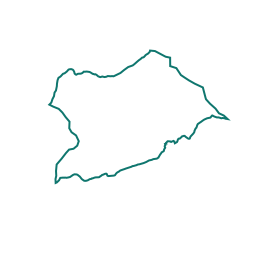 Mayo-Dallah, Mayo-Kebbi Ouest, Chad, rotated 297°
{"feature_id": "50815135B58245995276010", "entity_name": "Mayo-Dallah", "entity_type": "district", "adm_level": 2, "iso_a3": "TCD", "parent_name": "Chad", "parent_adm1": "Mayo-Kebbi Ouest", "projection": "mercator", "projection_center": [14.882, 9.1], "detail": "fine", "context": "isolated", "style": "outline", "palette": "teal", "viewbox_px": 256, "rotation_deg": 297, "n_neighbors": 0, "source": "geoboundaries", "source_scale": "gbopen_adm2", "svg_char_len": 4333}
<svg xmlns="http://www.w3.org/2000/svg" viewBox="0 0 256 256"><g transform="rotate(297 128 128)"><path d="M209.8,133.6L208.6,129.2L208.7,123.1L208.8,117.1L207.0,112.5L205.8,112.8L205.7,112.8L204.1,112.3L203.0,111.9L202.2,111.3L202.1,111.2L201.1,110.7L200.7,110.5L199.9,110.4L199.6,110.3L199.4,110.2L199.0,110.1L198.8,110.1L198.0,109.7L197.9,109.6L197.1,108.6L195.4,108.0L194.6,107.6L193.5,107.0L191.1,106.0L189.3,105.3L187.6,104.6L185.9,103.8L182.4,100.5L182.0,100.3L178.1,98.3L177.0,97.8L173.6,96.3L169.5,93.2L168.2,92.2L167.5,91.6L167.1,90.5L166.9,90.1L166.5,89.5L166.2,89.0L165.1,86.4L163.8,85.4L162.7,83.9L162.5,83.0L162.4,82.6L162.3,82.2L162.2,81.7L161.1,80.6L160.7,80.1L160.7,79.9L160.6,79.1L160.5,78.0L160.7,77.1L160.9,76.6L161.0,75.9L161.1,75.3L161.1,74.6L160.6,74.0L160.5,73.4L160.5,72.8L160.4,72.7L160.2,71.8L160.4,70.5L160.5,68.4L159.9,66.6L159.5,65.5L158.6,64.1L158.1,63.0L156.3,62.4L155.0,61.3L153.9,59.3L153.3,58.5L152.4,58.0L152.0,57.7L151.9,57.1L152.1,56.3L152.3,55.7L153.6,54.6L154.1,53.9L154.7,53.0L154.8,52.5L154.9,52.1L154.8,51.6L154.8,51.4L154.7,50.8L154.4,50.2L153.6,49.0L153.0,48.5L151.5,48.1L150.7,47.9L150.2,47.7L148.0,46.7L147.4,46.1L146.8,45.5L144.0,44.7L143.5,44.6L142.7,44.2L141.2,43.3L138.9,43.5L138.5,43.6L137.8,43.8L135.3,44.6L134.1,45.1L133.0,45.6L131.2,46.1L129.0,46.7L128.7,46.8L126.5,46.5L126.1,46.5L122.8,47.6L121.0,47.6L119.3,47.6L116.1,48.1L115.7,48.1L113.1,47.3L113.1,51.7L113.6,57.6L112.0,62.5L109.4,67.5L107.1,73.0L101.1,75.8L98.6,79.6L97.8,85.1L93.9,90.1L89.2,90.8L84.8,88.9L82.0,85.3L77.5,84.1L70.6,82.8L63.1,81.0L57.0,83.4L52.8,85.8L49.6,86.6L46.2,88.5L47.2,89.3L48.4,89.7L48.5,89.7L48.9,89.9L50.2,90.3L50.3,90.3L51.3,90.3L52.8,90.3L54.2,92.5L54.3,92.6L54.7,93.7L55.2,94.3L55.5,95.1L55.6,95.6L56.1,96.3L56.7,97.1L58.0,98.6L61.2,100.3L62.4,101.3L62.9,102.4L63.3,103.4L63.3,103.6L63.4,104.3L63.0,106.1L63.0,106.4L62.9,107.0L61.6,109.8L61.5,110.1L61.4,110.7L61.1,112.9L61.7,114.3L62.0,114.7L63.1,115.9L65.0,117.1L66.2,118.6L66.7,118.8L66.8,118.8L67.0,119.1L67.2,119.5L68.6,120.7L69.4,121.7L69.5,122.0L69.8,122.4L69.9,122.6L70.8,124.3L71.3,124.8L71.5,124.9L72.0,125.0L72.6,125.4L73.1,125.7L73.3,125.8L73.7,126.0L74.0,126.1L74.5,126.3L74.9,126.8L75.3,127.2L76.5,128.1L77.4,129.2L77.4,129.5L77.4,129.9L76.2,131.3L76.2,131.6L76.2,132.2L76.9,133.4L77.8,134.8L78.9,136.6L79.4,137.2L79.7,137.6L80.3,137.9L81.5,138.0L82.1,138.1L83.5,138.6L84.1,139.0L84.9,139.6L85.1,139.7L85.8,140.0L86.4,140.3L86.7,140.5L89.2,142.9L89.9,143.6L90.8,144.4L91.0,144.6L95.2,148.8L96.0,149.2L96.6,150.1L97.3,150.9L97.8,151.4L98.6,152.3L98.9,152.6L99.0,152.6L99.9,153.3L100.1,153.6L100.9,154.7L102.4,156.3L103.8,157.8L105.2,159.0L106.0,159.7L108.7,161.5L109.8,162.9L110.4,163.6L111.1,164.2L111.7,164.6L113.8,167.6L114.7,168.1L115.6,168.6L116.1,168.5L116.3,168.5L117.2,168.6L119.0,168.7L119.6,168.8L120.4,169.0L121.5,169.0L122.6,169.7L123.5,170.3L124.4,170.2L125.3,169.9L127.3,170.1L128.0,169.2L128.3,169.2L128.6,169.0L128.8,168.9L129.8,169.1L130.1,168.8L130.1,168.7L130.6,168.2L131.0,168.6L131.4,169.1L131.6,168.8L131.7,168.7L132.0,168.6L132.6,168.9L132.9,169.0L133.9,169.2L134.2,169.4L134.3,169.5L134.9,171.0L135.0,171.3L135.2,171.6L135.1,172.3L135.2,172.8L135.6,173.0L136.1,173.5L136.4,173.7L136.9,174.2L137.6,174.8L137.8,174.9L137.7,174.9L136.7,175.6L136.3,175.9L136.1,176.2L135.9,176.5L135.7,176.7L137.7,178.0L139.0,178.0L140.3,177.7L141.4,177.9L142.0,178.9L144.3,179.8L144.6,179.8L145.0,179.9L146.4,181.4L146.5,181.7L146.7,182.1L146.5,182.7L146.3,183.4L146.0,185.5L145.9,186.3L145.9,186.5L146.1,187.3L146.6,187.8L147.0,187.8L148.0,187.6L148.8,187.6L149.2,187.7L153.0,188.8L153.5,188.8L154.6,188.9L155.6,188.6L155.9,188.5L156.3,188.5L156.7,188.5L157.4,188.5L157.5,188.5L158.0,188.4L158.8,188.6L159.3,188.8L160.0,188.7L160.3,188.7L161.8,188.4L162.7,188.4L163.2,188.4L163.6,188.6L166.0,189.9L166.1,190.0L167.7,190.8L168.7,191.3L170.1,192.1L171.0,192.8L172.6,194.1L174.2,196.1L174.7,196.7L177.2,197.2L177.5,197.6L177.5,197.9L177.4,198.5L177.4,199.2L177.5,200.5L177.8,202.5L178.5,203.7L178.6,204.3L178.8,205.0L179.0,206.7L179.9,207.8L180.4,209.3L180.5,209.4L180.5,209.7L180.5,210.5L181.2,212.7L182.6,207.7L182.4,202.4L185.0,197.2L186.9,190.0L189.0,184.5L190.1,183.4L198.1,176.3L197.8,167.4L198.1,160.6L198.7,155.1L199.2,151.1L203.3,143.9L202.3,137.5L209.8,133.6Z" fill="none" stroke="#0f766e" stroke-width="2"/></g></svg>